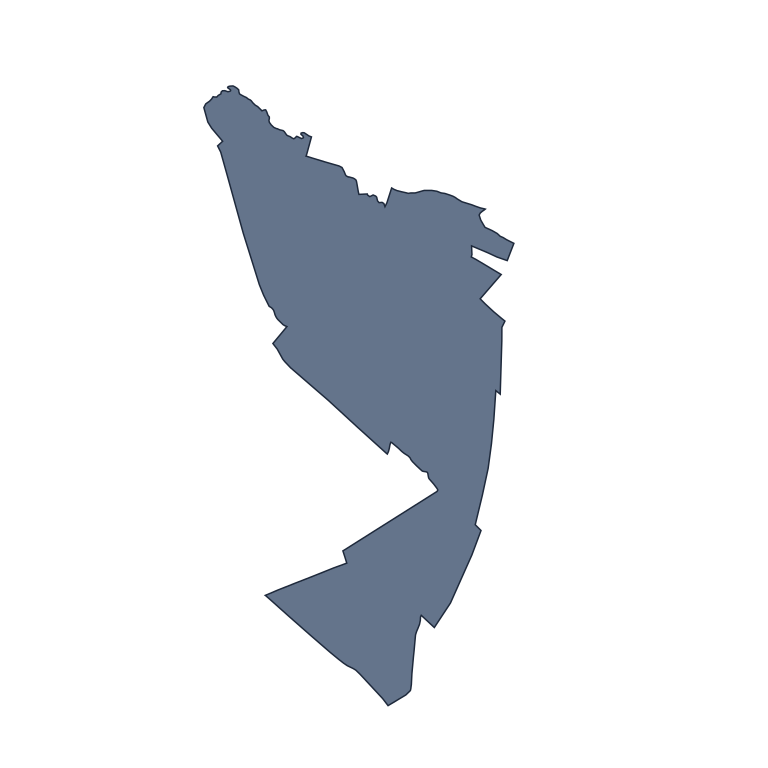 Ion Neculce, Iasi, Romania (Mercator projection), rotated 171°
{"feature_id": "2599482B50193316932914", "entity_name": "Ion Neculce", "entity_type": "district", "adm_level": 2, "iso_a3": "ROU", "parent_name": "Romania", "parent_adm1": "Iasi", "projection": "mercator", "projection_center": [26.972, 47.231], "detail": "fine", "context": "isolated", "style": "filled", "palette": "slate", "viewbox_px": 768, "rotation_deg": 171, "n_neighbors": 0, "source": "geoboundaries", "source_scale": "gbopen_adm2", "svg_char_len": 3702}
<svg xmlns="http://www.w3.org/2000/svg" viewBox="0 0 768 768"><g transform="rotate(171 384 384)"><path d="M534.3,193.8L534.0,193.5L527.8,186.0L521.7,178.5L513.6,168.6L496.6,148.1L483.4,132.4L479.0,127.2L471.9,119.2L467.6,114.6L464.3,111.5L459.1,107.9L456.7,105.9L453.0,101.0L434.6,73.6L430.3,65.7L411.0,73.5L405.9,77.1L405.6,77.8L405.2,78.8L404.3,81.9L404.0,82.8L401.8,93.3L397.6,109.9L396.1,115.5L392.1,131.3L390.5,134.5L388.8,137.2L386.5,141.1L385.1,144.8L384.4,148.2L383.4,149.7L372.4,135.6L352.6,157.3L333.5,186.7L324.0,201.3L311.1,224.1L315.9,230.7L304.2,258.9L296.5,278.8L294.3,284.5L287.2,308.2L281.0,332.0L274.6,360.0L270.8,355.8L260.9,408.0L258.7,421.5L254.7,427.2L257.5,430.3L264.2,438.0L265.7,439.9L271.6,447.4L275.7,453.1L251.1,473.8L251.6,474.2L273.4,492.4L277.9,495.8L276.8,498.3L276.8,498.9L275.9,506.7L269.5,502.7L260.5,497.1L252.5,491.7L243.0,486.6L233.7,502.6L236.5,504.6L240.4,507.4L243.4,510.0L246.1,511.7L248.6,514.9L253.2,518.6L259.7,522.9L261.0,526.1L262.8,530.8L263.6,536.0L262.2,537.8L259.9,539.2L257.8,540.2L256.6,540.9L257.2,541.2L261.2,542.8L265.7,545.2L269.3,547.3L278.5,551.8L282.9,555.5L284.2,556.9L286.4,558.6L289.4,560.3L294.1,562.7L297.4,563.7L298.6,564.3L301.6,566.1L306.5,567.7L314.1,568.9L316.8,568.6L320.8,568.1L323.4,567.8L327.6,568.5L330.2,568.5L332.7,569.6L336.5,571.1L340.2,572.7L340.6,572.8L343.7,574.7L345.8,576.4L352.8,562.5L355.3,559.0L355.9,562.3L357.5,563.7L360.5,563.9L361.7,565.8L361.9,568.1L362.0,569.6L362.8,570.9L365.2,572.4L367.0,571.8L368.7,571.3L370.6,573.1L370.8,574.3L378.1,575.1L379.1,575.2L379.3,578.1L379.4,585.1L379.5,588.6L379.9,590.1L381.2,591.4L382.4,592.3L384.4,593.2L386.4,594.1L386.8,594.0L388.7,595.4L389.3,596.5L390.1,600.0L391.6,604.4L394.3,606.4L398.6,608.4L408.0,612.8L419.1,618.2L424.9,621.1L425.3,621.2L423.9,624.1L417.0,639.4L419.4,640.8L421.1,642.4L422.4,643.6L423.5,644.6L424.9,645.0L426.6,644.8L427.0,643.8L426.4,642.9L425.3,641.7L425.0,640.1L425.5,639.6L427.0,639.3L429.5,641.0L430.9,642.0L431.7,642.1L431.8,642.2L432.9,641.2L434.7,640.3L436.0,641.1L438.0,643.0L440.1,644.2L441.1,645.0L442.1,647.0L443.0,648.9L444.1,650.1L447.3,651.4L449.4,652.8L450.3,653.1L452.7,654.7L454.9,657.6L456.3,660.4L456.4,662.4L455.7,664.2L455.5,665.7L456.6,667.6L457.2,671.0L458.0,673.3L459.6,673.4L461.8,672.9L463.1,674.7L465.4,677.8L467.5,679.5L469.6,682.3L470.8,684.5L471.9,685.7L473.3,686.5L475.1,688.5L477.4,690.0L479.9,691.9L481.3,693.1L481.6,695.2L481.5,697.3L482.8,699.0L484.9,700.9L486.5,702.0L489.6,702.3L491.3,702.1L492.0,701.5L491.8,700.7L490.8,699.8L489.6,698.6L489.6,697.7L490.4,697.2L492.5,697.1L493.6,697.7L495.3,698.6L497.7,698.9L499.2,697.8L499.7,696.1L502.5,695.0L504.3,693.6L506.6,694.0L507.8,694.5L508.3,694.1L509.3,692.8L510.5,691.8L512.1,690.6L514.6,689.4L516.3,688.5L518.1,686.0L518.7,685.2L517.8,677.1L517.4,673.6L517.0,670.2L514.2,663.6L510.9,658.1L505.4,649.0L511.1,645.2L509.0,638.6L506.4,616.3L499.4,554.8L493.8,516.8L491.6,501.7L489.0,490.5L485.3,478.7L483.2,476.9L481.7,474.6L481.2,472.7L480.8,469.4L480.2,467.3L479.5,465.6L478.7,464.2L476.1,460.7L474.4,458.4L473.0,457.2L470.9,455.9L480.2,447.7L487.4,441.4L486.3,439.3L484.0,435.2L482.6,431.3L480.1,424.4L478.5,421.6L473.7,414.6L441.7,376.7L416.8,345.3L392.6,315.3L391.7,314.3L390.2,316.5L388.9,319.4L387.6,323.1L386.4,325.4L385.6,325.0L379.7,318.2L377.0,314.6L374.9,312.3L371.5,309.3L369.9,307.2L369.2,305.0L368.0,302.8L364.7,298.2L361.6,294.2L359.8,292.0L358.4,291.4L355.9,290.6L355.0,289.9L354.7,288.9L354.7,286.1L354.6,284.3L354.2,283.2L350.5,277.3L348.0,272.6L347.5,271.3L347.5,270.8L348.4,269.6L450.7,225.6L449.7,219.2L448.8,212.9L462.1,210.3L484.5,205.2L502.8,201.2L521.1,197.1L534.3,193.8Z" fill="#64748b" stroke="#1e293b" stroke-width="1.5"/></g></svg>